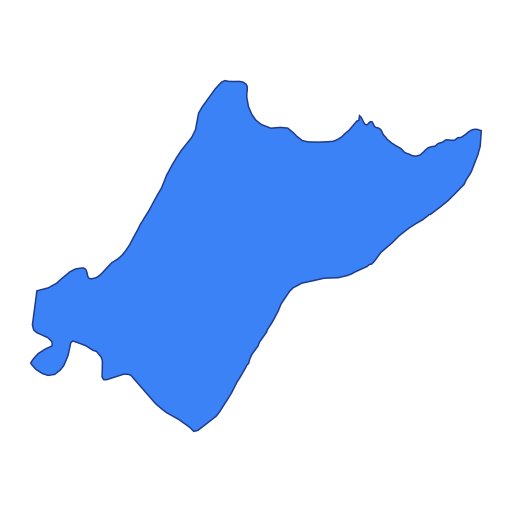 outline of El Tumbador, San Marcos, Guatemala
{"feature_id": "79465075B55604290540821", "entity_name": "El Tumbador", "entity_type": "district", "adm_level": 2, "iso_a3": "GTM", "parent_name": "Guatemala", "parent_adm1": "San Marcos", "projection": "natural_earth1", "projection_center": [-91.93, 14.845], "detail": "fine", "context": "isolated", "style": "filled", "palette": "blue", "viewbox_px": 512, "rotation_deg": 0, "n_neighbors": 0, "source": "geoboundaries", "source_scale": "gbopen_adm2", "svg_char_len": 3334}
<svg xmlns="http://www.w3.org/2000/svg" viewBox="0 0 512 512"><path d="M30.7,363.0L31.7,364.6L35.9,369.4L42.5,373.6L48.0,375.4L54.7,374.4L60.3,370.0L63.7,365.7L66.0,360.5L68.1,355.3L70.7,343.0L71.4,342.1L72.7,341.1L73.8,341.2L74.8,341.7L76.8,342.3L86.0,345.8L92.9,350.3L96.5,351.4L101.3,357.3L102.4,361.0L102.1,377.1L103.8,379.7L106.6,379.7L124.0,374.1L128.5,374.4L130.9,375.3L154.7,402.7L157.1,405.0L161.9,409.1L166.5,412.6L179.1,419.7L189.7,427.3L193.8,431.4L197.9,430.4L210.5,420.6L216.4,416.0L219.8,411.5L226.0,401.7L227.1,400.1L231.7,392.6L237.0,382.1L240.2,377.1L245.0,368.8L247.1,364.7L248.5,363.6L249.9,358.8L251.9,354.3L258.0,346.1L259.4,342.2L266.4,332.4L267.6,329.2L271.3,323.7L273.7,319.6L278.2,311.0L281.0,304.1L289.5,291.4L293.1,287.8L301.7,283.2L319.0,279.4L324.1,278.2L338.2,277.7L347.9,275.4L349.1,274.8L351.7,273.9L353.0,273.1L354.3,272.3L367.2,266.4L369.3,264.5L371.6,264.1L373.9,261.8L375.6,259.6L380.9,252.4L391.9,243.0L399.2,235.7L405.6,230.7L409.6,227.6L416.1,223.5L422.5,219.9L427.5,216.0L428.8,214.6L430.3,214.5L440.8,206.5L448.1,200.6L464.1,184.4L466.4,179.4L470.0,174.0L471.3,171.7L478.2,153.9L478.4,152.7L480.2,146.3L481.3,130.7L479.7,130.2L478.5,129.8L477.5,129.4L475.5,129.3L473.9,129.4L472.9,129.6L471.5,130.1L469.3,131.4L468.4,132.0L467.2,133.0L466.2,133.9L465.0,134.9L463.6,135.7L462.7,136.5L460.7,137.5L459.2,137.6L457.8,137.7L456.6,138.6L454.6,140.2L453.1,140.3L452.0,140.3L449.3,140.0L448.0,139.9L445.8,139.9L444.5,140.8L442.7,142.0L441.6,142.5L440.0,142.9L438.6,143.3L437.3,144.2L436.1,145.3L435.1,146.2L431.9,146.6L429.7,147.2L428.1,147.8L426.5,149.1L424.9,150.5L423.8,151.8L422.7,152.6L421.2,154.2L420.3,154.8L419.3,155.3L417.8,155.7L416.7,156.0L415.7,156.1L413.6,155.9L411.4,155.3L409.4,154.2L407.3,153.6L405.5,152.8L403.9,151.8L402.7,150.4L401.3,148.8L399.3,147.6L395.7,145.6L391.8,143.1L389.0,140.8L387.2,139.4L385.8,137.4L384.7,136.3L383.5,134.9L382.8,133.7L382.1,132.2L381.7,131.1L380.7,129.6L379.5,128.6L378.6,128.1L376.8,127.7L375.6,127.3L374.7,126.6L373.9,125.3L373.4,124.2L372.8,123.1L372.0,121.8L370.7,121.6L369.4,122.3L368.3,123.6L367.2,124.7L366.2,124.9L364.9,124.2L363.8,122.5L363.1,121.3L362.3,119.4L360.9,117.0L359.5,115.7L358.8,120.5L356.9,121.0L348.9,130.4L344.9,133.7L341.7,136.9L338.3,139.0L335.4,140.5L332.8,141.4L326.2,141.8L319.2,142.1L312.6,142.0L308.1,141.9L302.4,140.6L296.9,136.4L293.3,132.7L287.7,128.1L280.4,127.4L270.8,128.2L261.3,124.5L255.8,120.1L251.6,114.0L248.5,106.7L246.8,97.5L246.8,96.0L246.8,93.5L247.2,90.4L247.3,86.7L246.1,84.2L243.0,82.1L239.4,81.4L234.4,81.5L228.9,81.4L224.8,80.6L221.4,82.2L219.8,84.0L215.3,88.8L202.4,106.6L200.8,109.3L198.6,113.1L195.5,129.7L191.8,137.2L188.7,141.2L185.4,145.3L181.0,150.8L176.5,157.7L172.1,165.0L169.0,170.8L166.6,175.2L164.4,180.9L161.6,187.8L157.1,195.5L154.3,200.6L149.1,210.3L143.9,218.6L142.4,221.3L140.8,223.5L138.5,228.3L133.4,237.6L129.8,244.5L126.0,250.3L122.4,254.8L120.1,257.0L117.9,258.9L111.7,262.8L107.3,267.4L101.9,273.3L98.7,276.1L95.9,277.8L91.4,278.8L89.2,278.5L88.2,277.3L87.6,275.6L86.9,272.2L85.8,269.5L83.8,268.0L81.1,268.1L75.4,269.0L69.9,271.8L61.8,278.5L56.5,283.3L48.1,287.9L36.9,290.8L32.4,324.9L33.6,329.8L36.7,332.6L47.9,337.7L51.8,341.5L52.2,343.7L52.0,345.9L49.9,346.9L45.0,349.2L38.3,353.5L35.3,356.7L32.7,359.8L30.7,363.0Z" fill="#3b82f6" stroke="#1e3a8a" stroke-width="1.5"/></svg>